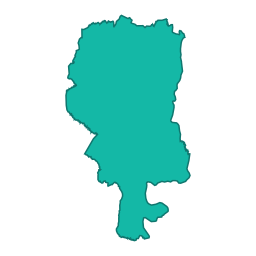 Saboba, Northern, Ghana
{"feature_id": "2480657B56307698722921", "entity_name": "Saboba", "entity_type": "district", "adm_level": 2, "iso_a3": "GHA", "parent_name": "Ghana", "parent_adm1": "Northern", "projection": "equal_earth", "projection_center": [0.158, 9.709], "detail": "fine", "context": "isolated", "style": "filled", "palette": "teal", "viewbox_px": 256, "rotation_deg": 0, "n_neighbors": 0, "source": "geoboundaries", "source_scale": "gbopen_adm2", "svg_char_len": 5750}
<svg xmlns="http://www.w3.org/2000/svg" viewBox="0 0 256 256"><path d="M98.1,22.5L95.9,23.8L95.6,23.3L94.5,23.8L93.3,22.8L92.7,23.7L92.3,23.3L91.6,23.7L90.1,25.4L89.4,25.6L89.2,25.2L88.5,26.3L88.6,26.8L87.6,27.7L83.8,29.5L81.9,29.3L82.0,37.6L81.3,37.5L79.5,39.1L78.2,43.0L79.0,45.5L79.3,49.1L78.1,50.0L76.3,50.6L76.3,52.4L75.1,55.1L75.0,55.8L75.3,55.9L75.4,56.7L74.2,58.1L74.1,58.9L73.7,59.2L72.9,60.7L72.9,62.1L73.9,61.9L74.1,63.0L74.0,62.8L73.5,63.3L72.5,63.5L70.9,63.4L68.6,66.2L69.2,74.0L68.1,76.2L67.8,77.9L69.2,78.9L70.6,78.6L70.9,79.0L71.8,79.3L72.8,80.9L73.6,81.3L73.9,82.6L74.3,82.8L74.3,83.5L75.8,84.3L76.3,85.5L75.1,86.3L74.9,85.4L73.9,86.9L73.4,87.1L73.3,86.5L72.5,87.6L71.9,87.8L71.6,87.5L71.0,88.4L70.4,88.4L69.4,89.2L69.1,88.9L69.0,89.6L68.0,89.9L67.7,90.6L67.1,90.1L66.5,90.9L66.6,92.2L66.0,95.4L66.3,105.4L67.0,109.9L68.2,112.0L69.0,112.0L69.7,113.4L70.3,113.5L70.3,114.5L70.9,114.0L71.1,114.7L71.5,114.3L71.7,115.7L72.3,115.5L72.8,115.9L72.7,117.2L73.0,117.6L74.3,118.5L74.3,119.0L74.6,118.6L75.3,119.8L76.1,120.2L76.6,119.9L77.7,120.2L77.9,120.7L78.4,120.3L78.8,121.1L78.9,120.8L79.4,121.1L79.3,121.8L80.1,122.6L80.3,122.4L80.3,122.9L80.6,122.5L82.3,123.0L82.6,123.5L83.6,123.3L83.5,123.7L84.0,123.6L84.8,124.6L84.5,125.3L85.3,125.6L85.2,126.5L86.4,126.9L86.7,126.6L86.6,127.6L87.3,127.3L88.0,128.0L88.0,128.5L88.4,128.0L88.7,128.5L89.1,128.5L89.0,129.0L89.4,129.1L89.0,129.4L89.1,129.8L89.7,129.4L90.1,130.1L89.9,130.5L90.3,130.6L90.0,131.2L90.3,130.9L91.1,131.4L91.1,132.1L91.4,131.6L92.1,132.0L92.1,132.4L93.6,133.0L93.9,133.5L94.3,133.4L94.5,133.7L95.6,133.0L95.6,133.6L96.3,133.5L96.2,134.1L97.1,134.3L97.2,134.0L97.5,134.4L93.5,138.7L84.7,153.9L85.5,154.1L86.1,154.9L87.1,154.9L87.8,155.9L88.2,155.9L88.8,157.0L89.7,156.5L90.4,157.0L90.9,156.8L90.9,157.4L91.3,157.8L91.3,158.3L92.1,158.6L92.3,159.3L94.0,159.2L94.9,159.6L95.6,160.7L95.9,160.6L97.2,161.7L98.2,163.6L98.7,163.9L99.1,165.7L99.6,166.6L99.2,167.1L99.8,167.8L99.9,169.7L100.4,169.8L99.8,170.3L98.8,170.0L98.8,170.9L97.7,172.8L98.2,174.5L98.0,175.6L98.0,179.6L98.8,181.1L99.4,181.7L100.2,181.3L100.6,182.2L102.0,183.1L103.0,182.7L103.2,181.9L103.9,181.2L105.2,181.0L105.6,182.3L107.9,182.9L108.1,183.8L107.8,185.1L108.1,186.1L111.5,184.5L112.0,184.7L114.4,182.4L115.2,182.3L116.0,183.1L116.5,182.9L118.1,184.5L118.5,185.6L118.5,186.4L119.6,186.6L119.6,188.4L121.7,191.6L122.5,193.7L122.6,196.1L121.6,199.1L120.2,200.9L120.3,202.7L119.8,205.3L119.9,210.2L119.2,210.9L119.4,212.4L118.7,215.6L119.0,216.8L118.8,217.8L118.8,221.5L118.3,223.5L118.3,225.7L116.4,229.0L116.5,230.9L117.4,233.1L118.5,234.5L119.0,234.7L119.3,236.0L120.0,236.5L120.5,236.3L121.2,237.4L122.3,237.1L122.6,236.7L123.5,237.3L123.9,236.9L124.4,237.6L125.3,237.5L126.3,238.2L127.3,237.7L127.6,238.5L127.9,238.1L129.5,238.7L129.8,238.1L129.7,238.7L130.0,238.5L129.9,238.8L130.4,239.6L131.2,239.3L131.5,239.8L131.9,239.4L132.6,240.0L132.9,239.8L133.1,240.3L133.7,240.4L133.9,240.0L134.6,240.6L136.1,240.1L136.5,238.6L138.3,238.5L139.7,235.6L141.7,235.8L142.3,236.7L142.8,236.8L142.7,237.7L143.0,238.0L144.1,237.9L144.4,238.9L149.0,237.8L149.3,236.6L149.0,235.7L143.5,227.7L142.9,221.5L143.6,217.9L145.3,217.6L151.3,221.6L155.1,221.3L156.4,220.8L156.9,218.7L157.8,217.3L161.7,217.0L162.3,215.5L163.6,215.1L164.2,214.2L168.0,211.4L168.2,210.1L167.9,208.1L166.8,206.5L162.0,203.1L159.8,202.6L156.1,204.2L151.5,205.1L149.2,204.1L147.8,203.0L146.8,201.3L145.8,198.2L145.3,193.2L146.6,187.3L146.8,185.0L146.5,183.8L146.8,182.5L148.0,181.8L151.0,182.4L154.7,185.4L156.3,184.8L157.6,183.1L161.9,181.4L164.6,182.0L167.8,181.2L170.6,181.9L172.7,180.6L175.4,180.6L177.4,181.1L178.7,183.0L180.7,183.2L185.6,181.4L186.8,179.8L189.0,177.8L190.0,175.5L189.2,173.1L187.7,170.9L186.9,168.8L188.9,160.3L189.8,153.9L189.0,153.8L188.7,154.5L188.2,154.5L187.8,153.0L188.3,151.7L187.7,151.4L187.9,150.9L187.8,150.2L187.0,150.0L186.8,150.8L185.9,150.9L185.8,150.2L186.2,149.5L185.4,149.4L185.6,148.6L185.2,148.6L185.2,147.7L184.7,147.5L184.6,146.8L185.1,147.1L185.0,146.5L185.6,145.3L184.9,144.1L184.7,144.6L183.9,144.3L183.8,143.5L184.2,143.2L183.8,142.5L184.1,142.3L182.7,141.3L182.3,141.7L182.3,141.3L181.0,140.9L180.3,141.3L180.1,138.4L180.5,134.3L179.6,131.1L178.9,125.6L178.0,124.2L176.9,123.2L176.6,123.3L176.8,123.1L176.5,122.9L172.2,122.4L170.9,121.2L170.7,120.3L172.6,115.1L174.0,107.6L174.0,105.1L173.1,103.6L172.7,101.6L173.2,101.0L174.7,101.1L175.7,99.6L175.3,97.0L174.2,94.3L174.5,91.4L175.8,90.4L177.2,88.4L177.0,85.3L177.2,83.9L179.7,80.5L180.6,78.0L180.9,75.2L182.5,71.2L181.5,62.7L181.3,62.7L181.5,62.6L181.4,61.4L180.5,57.5L181.0,54.7L180.5,51.7L180.5,48.6L181.2,42.9L181.8,40.6L183.3,38.0L184.8,37.3L184.5,36.9L184.5,35.8L183.7,33.6L182.6,33.2L181.1,31.0L180.3,31.1L180.0,30.6L179.6,30.6L179.2,31.9L179.7,34.0L179.2,34.7L178.1,34.2L176.2,34.0L172.6,32.4L172.3,31.3L172.7,27.4L172.4,24.7L171.1,24.7L169.8,25.7L168.3,26.0L167.5,25.0L167.5,24.2L167.0,24.0L167.4,23.3L167.9,23.8L167.6,22.7L167.3,22.7L167.4,22.0L166.7,21.1L167.1,19.8L166.4,19.7L166.2,19.0L162.0,20.3L157.9,20.3L157.3,21.1L155.9,21.5L155.9,22.8L155.2,23.3L154.8,24.8L154.1,25.4L153.9,26.4L153.5,26.1L153.7,25.3L153.3,25.3L152.7,24.4L152.6,24.8L151.6,24.7L151.2,25.6L150.2,26.3L146.6,26.1L145.0,27.5L142.9,25.7L136.8,25.8L135.0,24.3L131.8,23.3L131.0,22.7L132.0,20.2L130.5,18.9L130.0,18.0L129.3,17.7L128.4,18.4L127.6,18.4L121.4,15.4L120.2,16.4L119.2,19.1L116.6,21.3L116.2,22.2L116.1,23.5L114.9,25.6L114.4,25.8L113.8,27.3L113.7,23.1L113.4,21.7L112.9,21.2L111.8,21.8L111.1,21.7L110.5,22.2L108.4,21.0L108.0,21.6L107.8,22.5L107.2,22.5L106.8,23.0L105.1,20.7L104.4,20.6L103.9,21.6L103.5,21.2L102.7,21.4L102.6,21.9L101.9,22.1L101.4,23.2L100.8,23.1L100.2,23.9L100.2,23.5L99.3,23.6L98.1,22.5Z" fill="#14b8a6" stroke="#0f766e" stroke-width="1.5"/></svg>